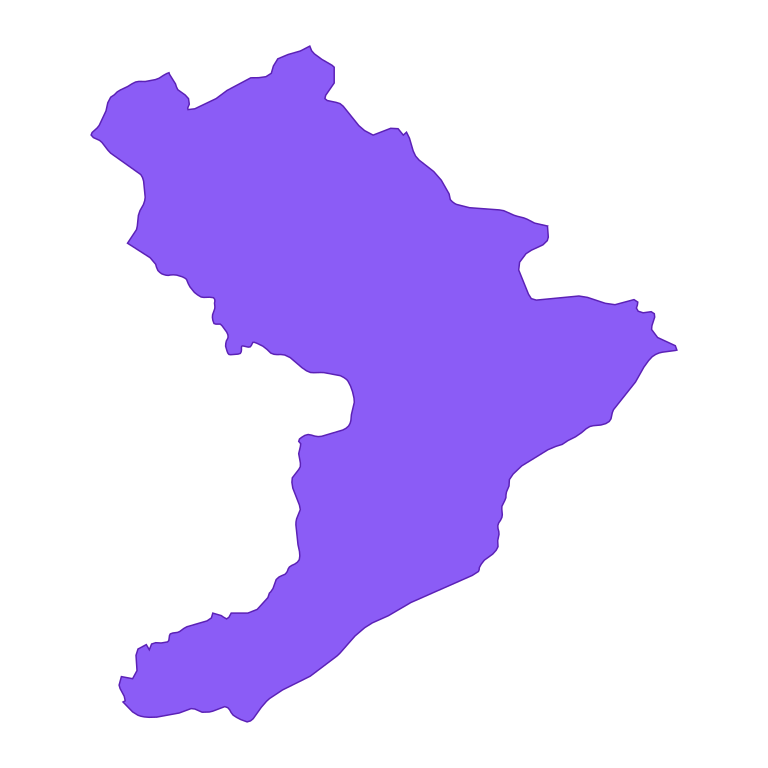 Bouenza, Natural Earth projection, rotated 270°
{"feature_id": "COG-2626", "entity_name": "Bouenza", "entity_type": "Region", "adm_level": 1, "iso_a3": "COG", "parent_name": "Republic of the Congo", "parent_adm1": "", "projection": "natural_earth1", "projection_center": [13.508, -4.119], "detail": "fine", "context": "isolated", "style": "filled", "palette": "violet", "viewbox_px": 768, "rotation_deg": 270, "n_neighbors": 0, "source": "natural_earth", "source_scale": "10m", "svg_char_len": 4654}
<svg xmlns="http://www.w3.org/2000/svg" viewBox="0 0 768 768"><g transform="rotate(270 384 384)"><path d="M530.9,548.3L527.4,547.3L523.2,543.0L517.8,531.4L514.3,526.0L505.8,519.6L498.0,518.7L473.8,528.5L469.4,531.3L467.9,536.3L472.0,578.9L470.6,587.5L464.7,605.3L463.3,615.0L468.4,634.0L465.9,637.8L463.0,637.4L459.9,636.4L456.8,638.2L455.2,643.1L456.3,651.2L454.3,654.3L450.9,654.7L442.2,651.9L438.5,651.6L430.5,657.6L422.3,675.3L417.9,676.9L417.5,675.2L415.8,662.3L415.0,659.0L413.6,655.7L411.3,652.2L407.4,648.6L400.9,643.9L386.0,635.5L358.3,613.5L355.3,612.3L349.2,611.0L346.5,609.2L344.4,605.8L343.0,600.9L342.3,593.2L341.5,589.9L339.3,586.2L335.3,581.5L331.2,575.5L327.4,567.9L323.6,562.2L321.6,555.8L318.3,548.0L302.1,521.7L293.9,513.1L288.4,509.4L282.0,509.0L276.1,506.5L273.2,506.0L270.3,505.9L267.5,504.8L261.7,501.9L258.9,501.8L253.3,502.3L250.6,501.9L247.7,500.5L245.1,498.7L242.3,497.8L239.5,498.0L236.5,498.8L233.6,499.0L227.4,497.7L221.3,498.0L217.8,496.2L213.9,492.7L207.9,484.4L203.8,481.2L200.5,479.4L198.1,479.1L196.5,478.4L192.6,472.3L165.5,410.9L152.3,388.4L145.1,372.3L140.3,364.7L132.0,355.0L114.9,340.0L112.2,337.2L91.8,310.2L78.1,282.6L69.5,269.6L66.7,266.5L60.7,261.3L49.3,253.2L47.1,250.5L46.1,247.1L48.4,240.8L50.6,236.6L52.9,233.1L55.5,231.1L58.1,229.7L60.3,227.8L61.4,224.8L56.8,212.7L56.0,209.3L55.8,202.1L59.0,194.8L59.4,191.1L55.0,179.2L50.9,156.8L50.7,149.1L51.1,144.3L51.8,140.8L52.8,137.9L56.1,132.6L66.0,123.0L67.2,125.2L71.8,124.2L79.4,120.1L82.9,119.1L91.4,121.4L89.3,132.6L97.4,137.0L112.7,136.0L119.0,138.0L123.4,146.3L118.2,149.3L124.0,151.6L125.3,155.7L125.0,161.1L126.1,167.6L127.5,168.8L132.5,169.5L134.1,170.3L135.0,172.8L135.6,177.6L136.5,179.7L139.6,183.9L141.3,187.0L147.1,207.0L150.1,211.4L154.9,212.8L152.4,221.3L150.9,223.4L149.1,226.6L150.7,228.9L154.9,231.2L154.9,247.8L158.6,257.2L170.4,267.9L174.9,269.4L176.0,270.6L179.5,273.0L188.5,276.2L191.0,279.0L192.5,282.1L193.7,285.0L195.6,286.7L197.1,287.5L199.1,288.2L201.0,289.4L202.6,291.8L203.9,294.7L205.8,297.4L208.4,299.3L212.1,299.8L216.4,299.5L223.3,298.0L243.1,295.9L246.1,296.0L249.2,296.6L258.4,300.3L263.0,299.4L279.9,292.8L285.7,291.9L290.2,292.3L298.6,298.8L301.3,300.3L304.9,300.4L314.3,298.7L321.6,300.4L324.3,300.7L326.6,298.7L329.0,299.5L330.7,301.7L332.6,304.8L333.5,308.1L332.9,311.5L331.9,314.8L331.4,318.2L331.7,321.6L338.0,342.8L339.7,346.0L342.0,348.6L344.7,350.1L347.6,350.9L353.4,351.4L365.7,354.3L369.9,354.0L376.4,352.5L382.0,350.5L386.8,348.0L388.4,346.7L390.4,344.0L392.3,340.4L395.4,323.9L395.5,320.6L395.3,313.8L395.5,310.5L397.2,306.5L400.3,302.0L410.4,290.2L413.0,284.7L413.5,280.8L413.4,277.1L413.7,274.0L414.9,270.8L418.6,267.0L421.8,262.9L424.7,257.0L425.7,254.3L425.6,252.8L422.5,251.3L421.1,250.1L420.9,248.2L422.1,242.8L422.0,242.2L421.6,241.7L420.1,241.4L418.2,241.5L416.2,241.2L414.6,240.3L413.9,238.1L413.3,230.8L413.4,229.8L413.6,228.9L414.8,227.9L416.7,227.1L421.8,225.6L424.6,225.8L427.2,226.4L428.9,227.4L430.7,228.1L433.2,227.9L435.9,226.7L442.2,222.1L443.9,220.3L443.9,215.8L444.5,214.0L447.8,212.8L450.7,212.4L453.3,212.6L459.2,214.7L461.1,214.9L464.9,214.5L466.9,214.9L468.7,214.7L470.3,213.5L470.8,209.6L470.6,203.8L471.0,201.1L473.1,197.6L475.6,194.4L480.9,190.1L484.2,188.3L488.6,186.5L489.9,184.9L491.2,182.3L492.9,176.7L493.2,173.2L493.0,170.3L492.6,168.3L492.8,166.0L493.4,163.9L494.2,161.7L495.6,159.8L497.5,157.9L501.0,156.4L503.7,155.7L510.3,150.1L524.8,127.5L538.4,136.5L542.0,137.3L552.7,138.4L557.4,140.0L563.4,143.4L567.3,144.7L570.7,145.2L586.9,143.6L590.5,142.5L593.4,140.8L614.8,110.7L617.8,107.9L625.5,102.0L627.6,99.6L630.4,93.4L633.0,91.1L635.5,92.1L640.0,97.1L642.6,99.2L657.1,106.0L665.3,107.8L670.8,110.7L673.2,114.3L676.1,117.2L678.1,120.5L681.5,127.7L684.2,132.0L686.0,135.6L686.6,138.9L686.5,145.3L688.4,155.4L689.8,159.1L692.6,163.4L694.4,166.6L695.3,169.0L693.7,169.5L684.1,175.5L681.2,176.4L678.3,177.8L673.0,185.2L669.4,188.5L663.8,189.3L660.0,187.7L658.4,188.0L659.2,194.8L669.4,216.1L677.6,227.1L690.2,250.8L690.3,258.7L691.3,265.9L694.7,271.3L702.0,273.4L709.2,277.8L713.5,288.1L717.0,300.3L721.9,309.8L717.3,311.6L714.2,314.3L708.6,321.9L702.7,332.1L700.8,334.2L685.0,334.2L672.7,325.7L669.4,324.9L667.5,327.2L665.6,336.2L664.4,340.0L661.8,343.2L642.4,358.8L637.4,364.6L632.9,373.1L639.7,390.7L639.3,398.1L632.9,403.3L635.8,406.5L629.7,409.5L617.0,413.2L611.9,415.6L607.9,419.1L596.5,433.7L587.8,441.3L574.1,449.1L568.4,450.3L566.2,452.4L564.4,454.9L563.6,456.5L560.3,469.5L558.1,499.3L557.3,503.8L552.8,513.9L551.7,517.4L550.1,523.8L548.8,527.1L544.9,534.6L542.0,547.3L542.0,547.6L541.6,547.5L530.9,548.3Z" fill="#8b5cf6" stroke="#5b21b6" stroke-width="1.5"/></g></svg>